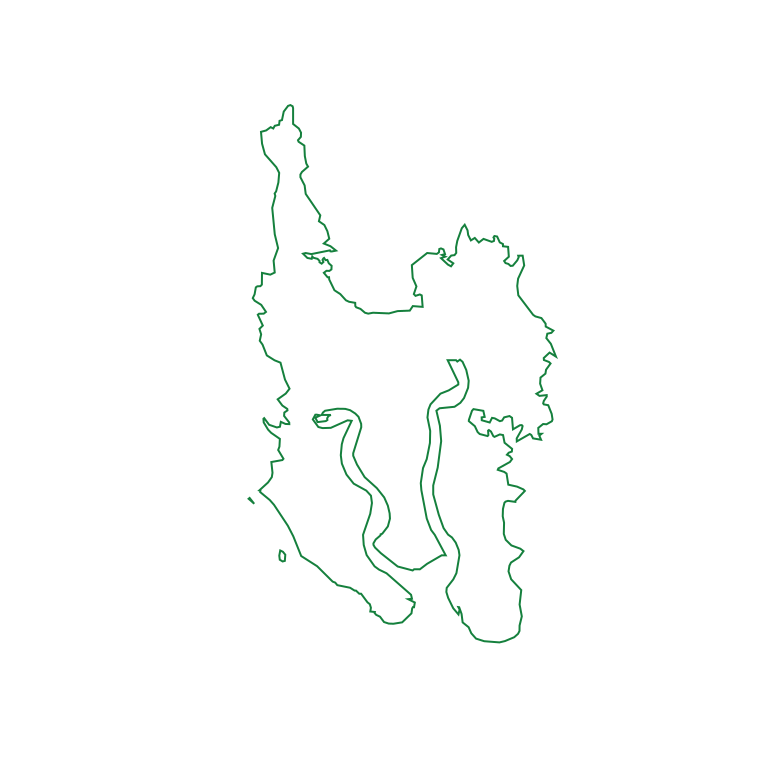 the district of Barguna, Barisal, Bangladesh, rotated 324°
{"feature_id": "16705992B13795829103768", "entity_name": "Barguna", "entity_type": "district", "adm_level": 2, "iso_a3": "BGD", "parent_name": "Bangladesh", "parent_adm1": "Barisal", "projection": "natural_earth1", "projection_center": [90.164, 22.173], "detail": "fine", "context": "isolated", "style": "outline", "palette": "green", "viewbox_px": 768, "rotation_deg": 324, "n_neighbors": 0, "source": "geoboundaries", "source_scale": "gbopen_adm2", "svg_char_len": 6156}
<svg xmlns="http://www.w3.org/2000/svg" viewBox="0 0 768 768"><g transform="rotate(324 384 384)"><path d="M464.6,131.9L465.3,127.3L463.3,120.2L472.6,107.4L473.3,105.6L472.2,103.3L469.9,102.6L463.0,104.7L456.6,110.5L454.2,109.7L451.5,112.6L447.4,110.9L444.6,112.2L443.3,109.6L437.7,109.6L432.7,107.7L426.6,117.9L422.7,128.2L424.3,145.3L423.3,151.6L417.0,158.9L409.9,164.8L407.5,165.6L406.6,168.0L397.1,175.8L383.6,198.7L378.2,211.8L367.2,219.3L361.1,229.6L356.3,228.7L350.6,222.4L343.6,231.8L341.5,232.2L338.9,230.5L337.1,230.5L332.0,235.4L328.3,237.4L328.3,240.6L331.2,247.8L330.9,256.3L328.0,256.4L324.2,253.7L322.6,253.8L320.3,265.5L315.6,266.2L313.8,271.6L308.9,276.0L308.9,280.7L306.0,292.0L309.4,300.5L312.8,305.9L306.5,322.2L304.8,332.3L298.9,334.0L289.0,333.9L289.1,341.7L291.1,347.3L290.4,348.6L286.6,348.5L284.4,351.1L284.7,359.4L283.8,360.8L280.8,358.4L278.3,354.0L274.7,357.4L271.8,356.2L267.1,349.5L267.0,341.2L266.0,341.3L264.1,344.4L263.4,352.8L264.0,357.2L267.5,367.2L262.6,373.2L259.6,375.2L258.7,385.4L257.1,385.8L247.0,380.9L241.6,390.3L238.5,393.4L232.3,395.5L220.6,396.8L221.3,397.6L220.3,398.7L223.4,410.7L224.0,417.1L222.9,442.2L221.1,453.9L215.9,474.5L222.8,492.1L226.3,513.7L227.8,516.0L228.0,519.3L236.8,528.9L238.8,533.9L239.9,534.7L240.7,539.1L242.2,540.2L242.3,550.9L243.1,553.8L241.9,557.3L239.2,560.0L242.6,563.1L241.8,563.8L242.0,566.2L244.0,569.9L244.1,576.6L247.0,580.6L250.7,583.5L258.6,587.5L271.4,585.7L274.9,582.1L276.4,581.5L277.1,582.2L280.5,578.9L277.1,572.3L280.4,574.2L282.0,570.4L274.8,538.6L270.9,531.3L269.2,526.0L269.4,512.2L273.0,502.3L278.4,493.7L296.6,480.9L304.3,473.2L307.8,466.7L307.0,459.8L300.9,446.8L300.4,435.2L303.1,423.7L307.2,416.2L314.4,408.0L319.4,404.0L336.2,394.8L333.2,392.0L315.2,388.2L308.3,383.5L305.6,380.2L305.6,370.8L310.4,368.5L311.5,369.2L314.1,372.0L308.6,370.9L307.9,375.8L315.1,379.8L317.0,379.9L317.9,378.3L320.2,377.3L322.8,377.8L315.4,372.4L317.8,371.2L320.6,371.0L331.6,376.5L338.0,381.3L341.2,385.3L343.4,391.0L344.1,395.5L342.1,402.8L340.2,405.6L318.4,421.9L316.9,424.0L314.8,433.3L313.6,448.0L317.0,464.0L317.5,475.9L315.6,484.7L312.5,492.0L309.7,496.4L303.4,501.5L294.6,504.1L292.9,503.6L292.2,504.4L285.9,504.9L281.8,506.7L280.9,508.0L280.6,511.0L282.0,519.0L287.8,539.7L297.6,551.7L299.5,551.6L304.1,555.0L313.2,554.8L330.0,556.5L333.2,558.9L336.4,535.9L336.3,529.8L339.5,518.0L351.8,491.9L355.5,485.8L366.1,475.0L374.4,469.9L386.5,458.7L393.8,449.1L399.5,436.6L404.9,430.8L409.7,427.8L424.0,425.0L432.6,427.2L443.8,428.1L445.1,426.3L449.5,402.2L456.3,407.1L456.5,408.9L459.8,409.0L460.6,412.2L458.8,421.0L454.4,431.2L449.8,436.5L440.5,442.4L434.7,444.1L427.7,443.9L414.7,436.3L410.7,436.4L404.7,450.6L396.7,463.8L378.3,483.2L364.2,495.0L358.9,502.3L351.5,521.9L347.5,535.6L347.3,543.5L348.8,548.1L348.8,554.5L346.9,562.1L344.4,566.9L331.4,579.6L325.2,582.8L314.9,585.8L312.2,588.9L310.2,594.7L308.2,606.1L308.8,614.2L312.6,610.9L313.0,608.2L313.6,608.8L311.6,615.6L307.5,623.1L309.5,630.5L308.1,637.0L308.8,644.1L313.9,651.0L325.5,660.9L330.8,663.1L340.5,665.4L345.6,664.9L348.5,663.4L351.7,659.1L358.9,653.0L364.1,642.1L373.9,631.4L372.1,616.7L374.6,608.8L378.7,604.7L381.8,603.1L391.4,603.6L398.6,601.2L397.5,597.4L392.2,589.5L390.9,581.6L392.8,575.7L399.6,566.8L402.3,560.8L406.8,555.0L411.6,550.9L413.2,550.6L415.6,551.4L421.0,556.6L421.8,555.7L435.1,553.3L434.8,551.2L431.3,545.2L425.4,538.5L430.5,528.5L429.6,525.8L425.6,520.3L426.9,519.5L440.0,521.1L443.5,520.0L443.3,516.2L441.9,513.5L444.5,512.9L447.7,513.8L449.5,511.8L447.0,502.4L450.3,495.3L448.1,492.9L442.3,491.7L441.8,490.4L442.6,485.3L441.8,482.9L440.8,482.9L438.4,486.7L437.2,487.0L432.0,480.7L431.5,477.9L432.7,471.5L430.8,463.9L431.5,463.0L439.4,457.4L441.6,456.9L448.6,464.1L446.1,469.8L443.4,468.4L441.8,470.8L446.9,477.3L451.5,474.9L453.4,476.9L455.9,482.2L458.1,483.0L461.6,481.6L466.7,483.7L467.7,486.6L461.7,496.5L469.9,497.3L471.3,498.3L471.4,499.5L468.7,501.8L459.4,506.0L457.7,508.5L472.5,510.1L473.2,511.8L472.6,515.6L478.3,521.4L479.3,517.1L482.2,516.9L479.7,515.1L483.0,510.2L489.2,509.9L491.8,512.1L497.9,512.8L499.5,511.8L502.1,506.7L504.4,497.7L501.3,494.4L501.4,493.2L503.4,491.6L508.3,489.8L509.1,488.6L502.8,485.0L501.6,481.5L508.5,482.2L510.5,475.5L514.4,470.8L520.7,470.5L523.5,467.7L530.8,465.3L530.4,463.1L527.5,458.6L528.5,456.9L536.4,455.9L539.2,462.9L542.6,449.6L542.3,442.3L545.7,439.3L549.5,441.0L552.4,440.4L548.6,432.6L550.2,430.2L550.1,423.2L546.2,418.3L545.3,415.7L544.8,391.2L549.4,383.0L554.4,377.6L567.1,370.5L571.6,361.7L568.0,359.1L567.5,360.6L564.5,362.3L557.7,364.0L555.8,362.9L555.2,360.0L553.4,357.6L553.5,355.1L559.8,354.4L565.0,346.0L561.2,342.5L562.5,340.7L560.9,337.5L562.2,331.2L560.3,329.2L558.7,329.8L558.6,331.3L557.0,332.9L554.7,332.3L549.8,325.1L543.9,325.3L543.3,319.2L538.7,318.9L539.7,312.9L541.9,308.8L542.9,302.6L538.5,303.7L527.4,311.3L522.7,315.7L519.5,320.4L516.8,321.2L513.9,319.6L508.7,320.7L511.0,327.1L507.4,328.2L505.9,325.0L504.1,315.7L508.5,317.0L506.8,313.7L509.7,314.8L511.2,310.1L509.8,307.8L508.1,307.3L505.8,309.8L503.2,309.8L495.9,303.4L476.4,304.2L469.6,315.0L467.6,324.1L461.0,328.8L461.3,331.2L465.6,332.6L466.6,334.5L460.6,344.3L453.1,337.9L448.0,339.8L437.8,333.0L429.5,329.8L417.0,319.9L412.6,317.8L410.5,315.2L409.1,309.4L406.6,305.6L406.6,304.1L408.4,301.4L404.1,297.0L402.4,293.9L401.5,285.6L399.0,279.1L401.1,267.3L402.3,265.3L401.1,264.5L400.7,258.7L404.0,258.6L406.3,260.4L408.8,260.4L411.1,257.6L410.3,253.9L411.1,250.3L409.5,249.4L409.6,246.8L408.7,246.8L407.2,247.5L406.7,249.7L404.3,250.0L403.4,247.6L404.2,246.5L403.8,243.7L401.1,240.4L400.9,238.7L399.1,240.2L396.1,237.0L395.1,231.0L397.6,232.0L401.6,236.2L418.8,244.1L418.6,245.2L419.7,246.1L423.6,247.9L421.7,241.1L417.9,235.0L425.1,234.3L428.0,227.1L429.2,220.3L427.0,214.1L431.6,210.1L432.4,184.2L436.5,176.7L437.9,167.6L439.5,165.4L442.3,164.2L450.3,163.5L450.7,160.0L453.9,153.1L459.7,144.3L457.3,137.8L457.7,136.2L462.0,135.2L464.6,131.9ZM199.8,468.8L203.8,464.1L203.6,460.3L202.2,457.7L198.4,461.3L196.4,464.9L197.7,468.0L199.8,468.8ZM208.6,404.6L208.3,397.2L207.0,397.3L207.9,401.1L208.6,404.6Z" fill="none" stroke="#15803d" stroke-width="2"/></g></svg>